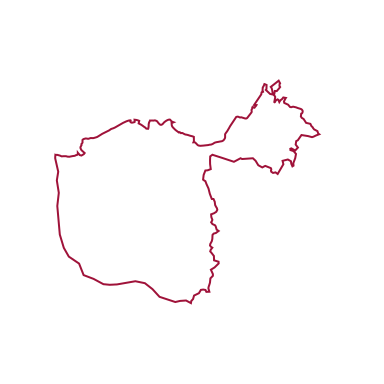 Atiwa West, Eastern, Ghana, rotated 242°
{"feature_id": "2480657B65169023596143", "entity_name": "Atiwa West", "entity_type": "district", "adm_level": 2, "iso_a3": "GHA", "parent_name": "Ghana", "parent_adm1": "Eastern", "projection": "orthographic", "projection_center": [-0.601, 6.209], "detail": "fine", "context": "isolated", "style": "outline", "palette": "rose", "viewbox_px": 384, "rotation_deg": 242, "n_neighbors": 0, "source": "geoboundaries", "source_scale": "gbopen_adm2", "svg_char_len": 6105}
<svg xmlns="http://www.w3.org/2000/svg" viewBox="0 0 384 384"><g transform="rotate(242 192 192)"><path d="M288.9,88.8L287.2,87.7L285.9,87.0L272.7,83.4L265.7,78.1L253.8,74.0L242.9,66.5L216.5,55.3L202.9,52.6L192.8,52.9L181.8,58.7L169.5,57.3L161.5,64.3L152.2,70.5L148.7,75.8L145.6,82.4L139.8,100.1L133.6,107.6L124.8,111.5L114.7,114.1L102.7,125.6L101.4,130.4L99.0,135.8L94.4,138.9L96.1,140.2L97.0,142.7L99.6,145.2L99.4,150.6L101.4,153.9L100.6,156.1L99.2,157.9L97.1,157.8L95.8,160.5L99.4,161.3L100.7,162.4L101.9,163.7L103.5,165.3L107.1,167.7L108.2,171.1L109.7,171.9L114.5,172.2L114.8,176.5L116.4,182.0L118.0,182.7L119.5,181.2L121.3,179.4L124.2,180.8L125.2,181.3L128.8,180.7L131.0,180.2L132.2,181.4L133.3,183.8L134.8,183.0L136.3,182.8L137.5,183.7L139.3,186.4L141.0,187.9L144.5,190.0L145.1,191.6L144.6,193.8L145.1,197.2L147.2,196.1L150.6,196.8L151.8,196.7L154.1,195.0L156.3,194.7L156.9,195.8L157.8,196.9L160.8,197.3L163.3,198.4L162.9,201.5L163.1,204.1L164.4,206.0L166.0,206.4L167.5,206.3L169.5,206.3L171.2,206.9L172.7,207.5L175.7,207.7L176.6,206.2L182.1,206.9L187.3,208.2L192.2,208.5L195.3,208.9L196.2,208.3L197.7,207.6L199.3,208.7L201.6,210.3L204.7,213.9L203.8,216.0L203.4,219.3L208.2,221.1L211.7,222.9L214.9,224.8L215.3,227.5L207.8,234.8L199.0,243.2L199.0,250.7L197.6,251.7L193.2,261.6L189.7,262.8L184.5,263.1L180.7,265.6L180.7,268.4L180.6,269.0L176.1,272.8L175.4,272.8L174.7,272.6L173.7,271.7L173.3,271.6L172.7,271.5L170.8,272.5L170.1,275.0L167.7,276.1L173.6,285.7L177.0,286.6L175.7,291.9L172.7,293.8L170.3,292.9L167.5,292.7L167.6,294.0L169.9,295.0L173.4,299.0L176.8,301.7L180.4,300.9L182.8,298.6L184.0,299.1L183.9,300.2L180.2,302.6L181.5,306.4L185.2,305.8L188.0,307.9L188.0,309.7L190.9,315.4L186.9,320.7L184.1,323.7L183.8,325.2L183.7,328.0L183.3,331.4L184.3,330.9L186.9,331.3L190.0,329.2L191.7,328.9L192.3,329.0L194.1,328.4L196.6,328.5L199.5,325.2L200.9,325.1L201.9,325.0L204.1,324.8L206.0,323.7L207.6,323.6L209.9,325.2L209.8,325.7L209.9,326.2L210.0,326.4L210.4,326.9L210.8,327.3L211.3,327.6L211.9,327.8L213.1,327.7L213.7,327.4L214.2,327.1L216.4,324.9L217.9,323.6L219.9,321.3L220.3,319.4L221.0,318.5L221.5,318.4L222.7,318.1L223.3,318.0L223.8,317.9L224.2,317.7L224.7,317.3L225.1,317.0L225.5,316.7L227.3,315.3L228.6,315.6L229.7,316.9L229.8,317.2L230.0,317.4L230.6,318.3L230.8,318.6L231.0,319.0L232.6,317.0L232.1,315.9L231.7,314.9L231.6,313.9L231.5,313.1L230.4,311.3L232.8,311.5L233.6,311.1L233.7,310.6L233.5,309.7L233.4,309.0L233.1,308.3L232.8,307.9L232.4,307.3L232.4,307.1L232.7,306.9L232.8,306.9L236.8,310.1L238.6,310.1L239.1,309.8L240.4,311.1L242.2,312.5L242.3,312.6L241.5,313.9L241.3,314.2L241.7,315.2L241.8,315.4L242.5,317.3L243.3,319.1L244.6,319.0L246.3,320.1L246.6,320.8L249.6,320.8L247.8,310.9L246.3,311.1L244.2,310.6L241.7,309.7L240.2,309.6L240.4,308.8L241.9,307.0L247.5,305.1L248.0,306.1L251.5,308.1L253.0,306.9L253.3,306.6L252.3,305.5L251.0,303.5L248.3,301.8L247.8,301.8L247.4,301.9L247.1,301.8L247.3,300.8L247.4,300.4L247.1,300.0L245.7,299.0L239.7,287.7L239.2,288.4L238.9,288.9L238.7,289.4L238.5,289.7L238.1,289.1L238.0,288.8L237.8,288.2L237.6,287.8L237.4,287.3L237.3,286.8L237.2,286.7L238.1,285.9L238.5,285.6L238.5,285.0L238.4,284.9L237.6,284.7L237.4,284.5L236.9,283.5L236.6,283.2L236.2,282.9L235.7,282.8L235.2,282.6L234.4,282.0L231.5,275.6L231.4,275.2L231.4,274.5L231.9,273.5L233.7,271.7L234.8,270.6L235.0,270.3L235.1,269.7L235.3,269.3L236.6,268.3L237.2,267.5L237.5,266.3L232.1,256.3L231.4,255.3L229.2,251.7L227.8,248.8L227.4,248.4L227.1,248.1L226.6,247.9L224.7,246.9L224.2,246.5L223.7,245.8L223.3,245.1L223.0,244.4L222.8,243.8L222.8,243.1L222.8,242.2L223.0,241.7L223.2,241.1L223.4,240.5L223.8,239.1L224.4,237.3L224.6,236.6L224.9,235.1L224.7,232.7L224.8,232.1L224.9,231.2L225.3,230.2L225.5,229.7L225.6,229.4L225.7,228.8L225.9,228.2L227.7,223.7L228.8,221.2L229.2,220.6L229.7,219.9L230.2,219.4L230.9,219.0L232.4,218.6L234.0,218.1L234.4,217.9L234.8,217.4L235.0,217.0L235.2,216.6L235.9,217.5L239.8,219.5L240.7,218.8L242.8,216.5L244.0,215.4L245.0,214.3L245.6,213.5L246.0,213.0L246.4,212.7L246.8,212.4L247.1,212.2L247.5,211.9L248.5,211.3L249.0,210.5L249.1,209.9L250.3,209.4L250.8,208.9L250.6,208.6L250.6,208.4L251.0,208.2L251.6,207.9L253.5,207.0L254.4,206.6L255.5,206.2L256.6,205.9L257.5,205.6L258.4,205.4L259.2,205.3L260.1,205.4L261.0,205.7L262.6,206.4L262.3,207.6L262.2,208.5L263.1,207.7L263.7,207.3L264.2,207.1L264.8,206.9L265.9,206.7L266.3,206.5L266.6,206.0L266.9,205.0L267.0,204.1L267.0,202.9L266.9,201.7L266.6,200.3L266.5,199.7L266.0,198.7L265.9,198.2L265.7,197.6L265.7,197.2L265.7,196.7L265.8,196.3L266.1,195.8L266.4,195.5L266.9,195.3L267.6,195.0L268.1,194.9L268.8,194.7L269.4,194.6L270.8,194.4L271.7,193.8L272.2,193.4L272.7,192.8L272.9,192.3L273.2,191.4L273.5,190.9L273.8,190.4L274.3,189.4L274.5,189.0L274.7,188.6L274.8,188.5L274.1,187.5L273.7,187.0L273.3,186.5L272.9,186.2L272.5,185.8L271.9,185.4L271.1,185.0L270.0,184.3L269.5,183.9L269.0,183.6L268.4,182.9L269.4,181.4L270.0,181.2L270.7,181.0L271.4,180.7L272.0,180.3L272.7,180.0L274.3,179.2L275.1,178.8L275.7,178.4L276.3,178.0L277.2,177.4L277.6,177.1L279.6,178.8L280.3,178.2L280.8,177.7L281.4,177.1L281.9,176.5L282.2,176.1L282.5,175.6L282.8,175.2L280.9,174.4L280.7,174.1L281.0,172.8L281.2,172.1L281.4,171.5L281.8,171.0L282.2,170.7L282.6,170.6L283.0,170.5L283.5,171.1L283.7,171.3L283.9,171.4L284.1,171.4L284.2,171.2L284.6,170.4L284.8,169.7L284.9,169.1L285.2,167.3L285.3,165.4L285.4,163.6L285.1,154.3L285.2,152.6L285.6,150.2L285.3,147.7L285.4,144.3L285.5,140.0L285.4,138.7L285.1,134.2L285.3,132.9L285.7,131.0L285.9,130.2L286.1,129.7L286.4,129.3L287.2,127.9L287.4,126.8L287.6,125.6L287.8,125.1L288.5,124.3L289.2,123.2L289.6,121.4L289.6,120.6L289.4,119.8L289.3,119.7L287.0,118.5L286.6,117.8L286.2,116.8L285.3,116.5L284.2,114.9L284.1,114.7L283.3,114.2L282.7,114.1L281.3,114.0L280.4,114.2L276.8,115.5L276.2,114.2L276.1,111.5L277.4,110.1L278.3,110.1L279.7,109.7L280.3,109.6L279.0,108.9L278.7,107.7L279.0,106.9L279.0,105.5L279.7,103.6L280.1,102.3L280.4,101.3L280.7,100.3L281.6,98.8L282.8,97.5L283.5,96.2L283.9,95.4L284.7,93.6L285.9,92.7L287.0,91.6L288.1,90.4L288.6,89.4L288.6,89.0L288.9,88.8Z" fill="none" stroke="#9f1239" stroke-width="2"/></g></svg>